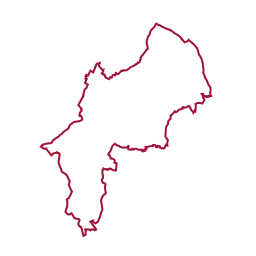 Floresti, Mehedinti, Romania, rotated 258°
{"feature_id": "2599482B87855176216946", "entity_name": "Floresti", "entity_type": "district", "adm_level": 2, "iso_a3": "ROU", "parent_name": "Romania", "parent_adm1": "Mehedinti", "projection": "equal_earth", "projection_center": [22.911, 44.797], "detail": "fine", "context": "isolated", "style": "outline", "palette": "rose", "viewbox_px": 256, "rotation_deg": 258, "n_neighbors": 0, "source": "geoboundaries", "source_scale": "gbopen_adm2", "svg_char_len": 5853}
<svg xmlns="http://www.w3.org/2000/svg" viewBox="0 0 256 256"><g transform="rotate(258 128 128)"><path d="M198.1,159.6L196.9,158.1L195.7,157.0L195.7,156.5L194.4,155.3L194.2,154.9L192.9,154.9L192.1,153.9L191.2,153.7L190.0,152.9L189.6,152.0L189.4,151.3L189.8,151.0L189.0,150.2L188.6,149.4L188.8,149.0L188.2,148.4L188.4,148.2L187.7,146.8L187.0,143.5L186.4,142.0L185.4,140.5L185.2,139.1L184.9,138.7L184.8,138.3L185.1,137.2L185.1,136.5L185.5,135.7L184.8,134.5L185.4,133.5L182.7,129.7L182.9,129.0L184.3,127.5L182.1,126.4L182.9,125.0L183.0,124.2L182.6,123.6L180.8,122.8L180.9,122.1L181.4,121.2L179.7,119.7L182.0,116.6L182.6,116.8L183.1,116.3L184.2,116.3L185.3,115.9L185.6,115.5L185.4,114.8L186.8,113.7L188.3,115.5L189.0,115.4L190.2,116.1L190.2,114.9L191.3,114.4L194.0,112.8L195.9,112.6L196.2,112.8L197.1,113.8L197.6,113.9L197.4,112.8L197.4,111.5L197.2,110.8L196.7,110.2L195.7,109.7L194.6,108.6L194.2,108.7L189.6,105.5L191.9,103.2L187.4,99.6L188.7,98.3L187.6,97.4L187.1,98.1L185.2,96.6L184.6,97.8L181.1,95.3L178.7,97.7L177.2,96.5L176.2,96.0L174.9,94.2L174.8,93.7L169.4,91.0L168.8,90.6L168.0,90.4L167.9,90.4L168.0,90.7L167.8,90.6L167.4,90.2L167.2,89.7L166.6,89.1L160.6,84.2L156.5,86.6L155.8,86.1L155.1,86.1L154.7,86.3L153.0,84.1L152.0,83.9L150.7,83.0L150.2,83.0L149.9,83.2L149.7,83.5L149.5,84.6L149.0,84.8L146.2,85.2L145.6,84.8L144.9,82.8L144.8,81.3L145.1,77.1L144.8,75.6L144.3,74.5L143.6,73.6L143.4,72.7L143.0,71.8L141.8,70.8L140.3,70.0L139.5,68.8L139.3,68.4L139.3,68.0L137.7,64.3L135.9,61.7L135.1,59.5L134.1,58.6L133.6,57.4L133.4,56.1L131.2,51.5L129.9,51.0L129.7,50.7L129.2,49.0L129.3,47.7L129.7,46.8L129.5,45.6L129.7,44.5L129.3,41.5L129.4,41.3L128.7,40.8L128.5,40.3L128.7,39.9L127.8,38.9L127.4,39.5L125.8,40.8L125.2,41.6L125.0,42.2L125.2,43.5L117.1,47.3L117.2,47.7L118.3,49.0L118.7,49.9L118.7,52.6L118.5,53.1L119.0,53.5L118.2,54.0L118.0,55.0L116.4,55.8L115.3,55.4L114.7,54.8L112.4,54.4L110.1,53.3L107.3,52.9L105.5,53.4L103.3,53.5L102.7,53.9L101.7,54.0L98.8,54.3L95.6,57.7L94.4,58.4L90.3,59.3L88.4,59.9L87.8,59.8L86.0,58.7L84.4,58.3L80.3,59.1L78.0,59.8L77.5,60.0L71.7,55.6L71.1,53.6L70.7,53.2L68.0,53.4L65.4,52.5L63.5,52.2L61.2,50.4L58.6,49.4L56.0,51.3L55.5,52.5L56.3,55.1L50.7,57.0L49.1,61.1L47.9,61.5L44.9,59.5L43.9,59.4L41.7,60.2L41.3,61.3L39.9,61.7L34.2,61.9L31.8,62.1L32.6,64.5L34.8,64.7L35.4,65.2L35.9,65.3L37.2,65.0L37.8,65.2L37.7,66.0L37.3,66.3L37.2,67.5L36.8,68.4L36.6,69.4L35.7,69.9L36.4,71.8L35.8,72.9L35.8,73.8L34.9,74.2L35.2,74.7L35.1,75.1L35.5,75.8L37.1,75.2L39.7,73.7L44.3,71.8L44.6,74.6L44.1,74.3L42.9,74.7L41.5,76.5L42.8,79.5L44.8,80.4L46.0,81.5L51.1,84.4L53.4,85.9L54.1,86.1L60.5,86.5L62.7,86.5L64.9,87.8L66.4,89.0L67.7,90.5L68.5,92.4L69.6,92.9L74.4,92.9L75.8,93.4L76.7,94.2L77.3,94.3L78.0,94.2L78.6,93.8L79.0,92.9L79.6,92.2L81.4,91.5L82.4,91.5L83.1,91.7L83.9,92.8L84.8,93.3L85.7,93.5L86.8,93.4L87.6,93.7L89.4,93.5L92.6,94.6L92.6,95.4L93.5,95.6L92.0,97.9L92.3,98.3L92.2,98.6L91.4,99.3L91.9,100.1L91.6,100.8L92.0,101.3L91.6,102.1L92.0,102.3L91.8,102.7L90.4,103.9L89.0,106.5L89.0,107.1L89.3,107.6L91.1,108.0L94.5,109.2L96.0,109.4L96.5,108.2L97.0,108.1L97.1,107.5L98.7,108.2L99.9,108.1L101.4,106.1L101.7,104.8L102.0,104.9L103.2,104.5L104.0,104.8L104.5,104.7L106.0,103.9L105.7,103.5L106.2,103.2L107.1,104.0L107.4,104.0L109.0,105.9L109.8,106.4L110.8,107.3L112.0,107.7L114.0,109.5L114.5,110.5L115.4,111.8L113.6,113.4L112.9,114.4L112.6,115.3L111.6,115.9L110.0,118.6L109.1,123.0L110.3,124.3L110.2,124.7L107.1,123.9L106.0,126.4L106.4,126.9L106.2,127.7L106.7,127.8L106.6,128.3L105.9,128.3L105.7,129.0L105.8,129.5L106.3,130.2L105.9,132.0L104.6,133.6L104.4,134.0L104.3,135.1L104.4,135.4L104.0,136.7L103.6,137.2L103.0,137.3L102.8,137.0L102.6,137.3L102.1,137.4L102.1,139.5L102.7,139.1L103.4,139.2L103.8,139.6L103.8,139.8L103.6,140.4L103.7,140.8L103.3,141.4L103.3,141.7L103.7,141.9L104.5,141.7L105.1,141.3L105.7,141.3L105.6,142.5L105.5,143.2L105.6,146.2L105.2,148.5L106.2,149.0L105.6,151.0L103.4,151.5L103.1,152.8L103.5,152.9L103.8,152.7L104.4,152.8L104.5,153.0L103.9,154.4L103.3,155.4L102.7,155.2L102.1,155.3L101.6,156.2L100.9,157.0L101.1,157.7L100.5,158.6L101.2,159.9L101.8,160.2L103.7,161.7L102.7,162.9L105.4,163.3L107.4,164.4L108.4,164.3L109.8,163.6L111.8,162.8L116.5,164.1L117.1,164.2L121.4,165.7L123.0,167.5L123.6,167.9L125.8,168.6L126.9,169.5L127.5,170.5L128.6,171.6L131.3,172.3L131.4,172.8L131.8,173.2L133.4,175.8L134.6,177.3L133.5,178.1L133.8,179.4L134.2,180.1L134.9,180.7L135.4,182.6L135.3,182.9L135.7,185.6L136.9,185.4L137.0,186.1L136.4,187.1L136.2,186.3L136.1,188.1L136.0,188.8L136.5,190.6L136.7,191.1L136.9,192.1L136.4,192.6L135.7,192.9L132.5,193.6L130.5,194.9L129.1,195.1L130.3,196.4L130.1,196.5L129.9,197.0L130.3,197.3L131.6,197.1L131.9,198.0L132.9,198.0L134.3,198.6L135.5,198.9L137.4,199.0L137.4,199.6L137.8,200.0L138.0,200.9L137.8,202.7L136.5,205.8L139.1,208.2L140.2,208.6L141.7,207.9L142.9,207.7L143.2,208.0L145.1,207.7L145.9,207.3L145.7,208.6L143.0,209.1L143.3,209.9L142.2,211.0L142.8,211.8L142.4,212.3L141.7,212.3L141.7,212.8L142.6,213.4L142.5,213.9L142.1,214.2L141.9,214.5L142.1,216.2L142.5,216.2L142.8,215.7L143.2,215.5L144.1,215.5L145.7,215.7L146.9,216.3L148.6,216.8L150.4,217.1L151.9,216.6L153.4,215.7L155.1,215.5L159.1,214.7L161.3,213.7L163.7,213.8L166.2,213.1L169.6,214.1L172.2,214.1L175.4,214.5L180.1,214.4L181.6,213.8L183.4,213.5L185.1,212.7L189.9,212.5L191.9,212.2L192.2,211.8L195.4,210.3L201.7,205.6L200.7,204.5L200.3,203.8L200.1,201.2L202.9,199.7L203.5,198.9L204.2,199.1L205.2,198.7L205.3,198.4L206.4,197.9L207.7,196.8L211.1,193.2L214.6,190.3L214.9,189.2L215.5,189.1L216.4,187.7L216.6,186.8L216.9,186.6L220.6,181.6L220.9,181.7L221.5,181.0L222.6,178.9L223.6,178.2L224.2,177.4L223.5,176.4L221.4,174.8L219.4,171.7L218.3,170.5L216.6,169.3L215.1,168.8L213.1,166.5L210.3,165.0L208.6,164.2L206.3,163.9L201.5,164.0L200.5,162.1L199.8,161.5L199.2,160.9L198.7,160.0L198.1,159.6Z" fill="none" stroke="#9f1239" stroke-width="2"/></g></svg>